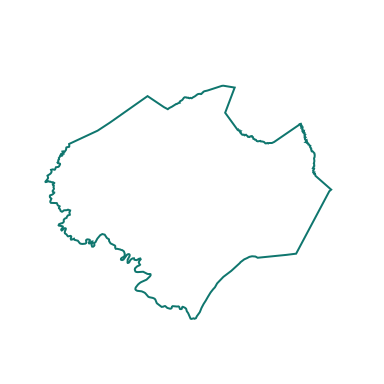 Namwala, Southern, Zambia, rotated 234°
{"feature_id": "96606910B54328368707661", "entity_name": "Namwala", "entity_type": "district", "adm_level": 2, "iso_a3": "ZMB", "parent_name": "Zambia", "parent_adm1": "Southern", "projection": "equal_earth", "projection_center": [26.749, -15.957], "detail": "fine", "context": "isolated", "style": "outline", "palette": "teal", "viewbox_px": 384, "rotation_deg": 234, "n_neighbors": 0, "source": "geoboundaries", "source_scale": "gbopen_adm2", "svg_char_len": 5939}
<svg xmlns="http://www.w3.org/2000/svg" viewBox="0 0 384 384"><g transform="rotate(234 192 192)"><path d="M251.4,287.9L259.5,279.9L260.3,278.6L265.0,264.1L266.2,261.3L266.4,260.1L266.1,259.6L266.2,258.9L265.8,257.2L266.0,256.7L266.5,256.5L267.5,254.9L267.8,253.9L267.7,250.6L268.0,248.4L268.0,246.9L269.1,246.0L269.3,245.1L270.0,244.5L270.3,244.5L270.4,244.2L270.7,244.1L271.5,243.1L272.0,242.9L272.9,241.8L273.0,240.8L272.2,238.4L272.2,237.2L272.4,236.3L272.3,235.3L271.9,234.4L271.5,234.4L272.0,233.0L272.0,232.2L272.2,231.2L272.5,231.0L272.8,225.9L273.3,223.0L273.2,221.1L277.1,219.2L295.7,212.4L296.4,166.2L297.1,151.7L303.1,120.8L301.2,119.7L300.8,119.2L301.9,116.7L301.8,116.4L300.2,114.9L299.4,112.5L300.5,111.9L300.9,111.0L298.4,110.6L298.6,109.8L299.7,108.9L299.7,108.3L299.4,107.8L298.3,108.6L297.8,108.5L297.8,108.0L298.7,106.4L298.0,105.4L297.8,104.3L296.5,103.6L296.4,102.5L295.3,101.8L294.9,100.5L294.1,100.5L293.0,101.6L292.4,101.8L291.9,101.5L290.9,99.5L290.9,98.6L292.0,96.4L290.8,94.6L290.7,94.0L292.1,92.7L292.8,91.0L291.2,90.5L290.5,89.7L290.1,88.7L290.0,87.4L290.2,84.7L288.4,84.1L287.7,83.5L287.2,82.2L286.6,79.6L286.1,79.4L285.7,80.0L285.1,82.3L284.2,82.6L283.6,83.5L282.4,84.1L281.7,85.2L280.3,85.9L280.1,85.7L280.1,84.2L279.8,83.7L279.2,83.6L278.5,84.0L278.2,83.9L277.4,82.8L276.0,82.4L275.5,81.8L274.7,79.8L273.8,79.5L272.6,80.3L272.3,80.1L272.0,78.2L272.1,77.1L272.7,75.3L272.3,74.6L271.3,74.0L269.2,74.3L267.8,71.9L266.9,71.4L266.1,71.5L262.5,76.1L260.0,75.6L258.2,76.5L257.3,74.9L257.0,74.8L255.7,75.1L253.9,74.6L252.7,75.0L252.3,75.5L252.4,77.7L250.9,80.0L250.6,81.3L248.7,82.6L248.4,82.3L247.7,80.9L245.4,79.8L246.0,77.7L245.4,76.1L244.8,75.3L245.2,73.7L245.2,72.9L244.8,71.8L243.4,70.9L243.0,70.1L243.1,68.5L243.4,68.1L244.1,65.7L243.5,64.5L243.1,64.5L240.9,66.7L240.0,67.2L239.3,66.6L238.6,64.2L237.9,63.9L237.4,64.0L237.3,64.8L237.7,66.1L237.7,66.9L237.5,67.8L236.9,68.4L236.5,68.4L235.8,67.7L235.2,66.5L234.0,65.2L233.2,64.9L231.5,65.5L229.2,65.5L228.8,65.9L228.0,67.8L227.3,68.2L226.7,68.0L225.5,66.4L224.5,66.2L224.1,66.8L223.6,69.1L222.4,68.8L219.7,71.0L216.4,71.1L215.4,71.7L214.3,72.9L213.0,75.2L212.9,76.2L213.3,76.9L215.2,77.9L215.4,78.8L215.0,79.8L213.7,81.0L213.0,81.1L212.7,80.7L211.6,78.7L211.2,78.5L210.9,78.5L210.4,79.1L210.4,80.4L210.8,81.8L210.5,82.4L209.5,81.5L208.6,80.0L207.7,79.4L206.5,79.1L205.9,79.8L205.9,81.0L206.3,81.8L208.3,82.8L208.1,84.3L209.9,88.0L211.0,92.4L210.7,94.7L208.8,96.3L204.9,96.1L202.5,97.0L201.0,96.1L198.3,95.9L194.1,98.1L193.3,98.1L192.1,97.1L190.9,96.9L190.0,98.1L187.5,100.3L186.6,100.7L186.0,101.4L184.0,102.0L181.6,101.3L180.2,100.2L179.7,98.9L180.0,96.4L179.8,95.4L179.3,94.9L178.8,94.8L178.0,95.4L177.6,96.8L179.4,102.4L179.4,103.2L179.0,104.2L178.6,104.6L178.0,104.7L177.2,104.2L176.7,103.6L175.1,100.2L172.7,98.3L172.4,98.3L172.1,98.8L172.0,99.8L173.2,102.1L173.3,103.6L173.2,104.9L172.5,106.1L171.1,105.6L170.5,106.0L169.4,107.2L169.1,110.1L168.6,111.1L167.7,110.9L167.2,108.9L166.4,107.6L165.4,107.3L163.7,107.2L163.6,106.4L164.1,103.9L163.7,101.0L162.7,100.0L160.9,99.5L160.0,100.0L159.1,101.0L156.2,105.6L152.1,107.7L151.2,108.5L150.3,109.9L149.8,110.1L149.0,109.6L148.5,108.5L147.8,103.7L149.0,97.9L149.1,96.3L148.9,94.0L147.9,90.6L147.4,89.7L146.5,89.0L145.7,89.0L144.3,89.6L141.2,92.9L139.0,94.2L137.7,94.7L132.9,95.1L131.9,95.7L129.4,98.0L127.7,99.0L126.5,99.1L122.9,98.2L122.2,98.3L116.9,99.9L116.1,101.4L115.9,102.6L115.4,103.3L112.7,103.9L110.4,105.7L110.0,106.8L110.1,107.3L111.0,108.4L111.0,109.3L108.2,112.5L107.3,113.9L106.6,114.1L104.5,113.5L103.7,114.2L103.5,115.0L104.6,116.4L104.6,117.0L104.2,117.3L102.4,118.3L101.0,118.6L98.5,117.7L96.3,117.7L90.4,116.4L89.7,116.9L88.8,119.1L88.0,119.5L87.6,121.0L88.6,122.8L90.2,127.7L92.7,131.7L94.6,135.6L96.0,139.2L97.8,143.2L99.8,148.0L100.9,151.9L101.4,154.5L103.3,158.6L104.9,167.5L105.1,177.4L106.4,189.0L106.7,189.9L106.8,194.7L106.2,197.5L105.8,200.3L104.7,202.8L102.5,205.4L100.2,206.5L85.6,231.5L80.9,240.0L111.9,303.5L112.1,306.0L132.5,301.4L133.4,301.8L134.3,301.6L134.2,302.1L134.5,302.3L135.3,301.7L135.8,302.2L135.9,301.7L136.6,301.5L137.8,302.6L138.3,302.7L138.6,303.3L138.5,303.7L138.7,304.0L139.2,304.6L140.1,304.0L140.2,304.6L140.7,304.7L141.2,306.3L141.8,306.4L142.8,307.3L143.6,307.4L143.7,307.7L145.1,309.2L147.6,310.6L148.2,311.7L149.9,313.1L151.0,313.5L151.3,313.8L153.9,313.5L154.3,313.4L154.6,312.8L155.9,313.2L156.6,313.8L157.1,313.6L157.9,314.1L158.7,313.9L159.5,314.5L160.0,314.4L160.1,314.7L160.5,314.4L161.5,314.6L162.0,314.1L162.9,314.5L163.3,314.1L164.0,314.2L164.2,313.9L164.7,314.1L164.9,313.9L164.8,314.5L165.4,314.6L165.7,314.3L165.8,314.9L166.2,315.1L166.4,314.8L166.4,314.5L166.7,314.8L166.8,314.3L167.6,314.6L168.2,314.4L168.5,314.7L169.6,315.0L169.5,316.0L170.0,316.0L170.1,315.7L170.5,315.6L171.8,316.4L171.7,316.7L172.4,316.9L172.3,317.4L173.8,317.1L173.7,317.3L174.2,317.3L174.2,317.7L174.5,317.6L175.2,318.2L175.2,317.5L175.6,317.6L175.8,317.1L175.8,317.3L176.2,317.5L176.3,317.1L176.5,317.1L176.9,317.6L176.8,317.9L177.1,318.2L177.6,318.3L177.5,317.9L177.9,318.0L177.9,318.4L178.8,318.8L179.3,319.5L179.8,319.1L180.0,318.4L180.2,318.6L180.1,319.0L180.4,319.3L180.5,319.0L181.2,318.8L182.4,320.0L182.8,320.1L182.8,318.9L183.0,318.8L183.5,319.4L183.7,318.9L183.4,317.5L184.2,287.8L184.7,285.4L186.5,282.9L186.5,282.2L187.4,281.7L187.5,281.1L188.2,280.0L190.3,279.6L191.7,278.4L192.3,277.5L193.1,277.4L194.3,275.0L195.3,274.3L196.5,274.4L197.0,274.2L197.4,273.6L198.2,273.5L198.9,272.9L199.8,273.3L200.4,273.2L200.6,273.5L201.6,273.0L202.0,273.3L202.3,273.0L202.8,271.7L202.6,270.9L203.1,270.3L203.5,270.2L203.8,269.7L204.8,269.8L205.7,269.4L206.6,269.3L207.0,267.8L207.7,267.8L208.3,267.2L208.3,266.8L209.1,266.2L210.7,266.1L210.9,266.3L211.4,266.0L211.8,266.0L212.2,266.6L212.5,266.5L212.6,266.9L213.0,266.4L213.9,266.7L214.3,265.8L215.4,265.5L215.6,265.7L215.7,265.4L236.6,265.4L251.4,287.9Z" fill="none" stroke="#0f766e" stroke-width="2"/></g></svg>